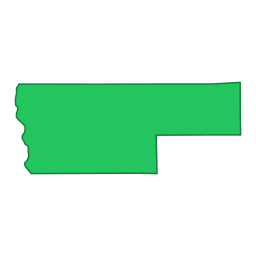 outline of Vernon, Wisconsin, United States of America
{"feature_id": "52423323B99158038275435", "entity_name": "Vernon", "entity_type": "district", "adm_level": 2, "iso_a3": "USA", "parent_name": "United States of America", "parent_adm1": "Wisconsin", "projection": "natural_earth1", "projection_center": [-91.112, 43.577], "detail": "fine", "context": "isolated", "style": "filled", "palette": "green", "viewbox_px": 256, "rotation_deg": 0, "n_neighbors": 0, "source": "geoboundaries", "source_scale": "gbopen_adm2", "svg_char_len": 858}
<svg xmlns="http://www.w3.org/2000/svg" viewBox="0 0 256 256"><path d="M240.2,109.1L240.2,82.4L212.0,84.0L176.4,84.0L171.2,84.0L100.2,84.2L19.0,84.1L18.8,84.7L18.2,85.9L16.9,87.6L16.5,88.8L16.6,93.0L15.5,98.6L15.4,101.5L15.7,105.0L15.9,105.6L17.3,106.7L17.6,107.2L17.9,108.9L17.7,110.0L16.5,113.2L16.4,116.7L17.3,118.3L18.1,119.4L18.9,120.2L20.1,121.1L23.3,124.3L24.4,125.5L24.8,126.1L25.0,126.6L25.1,128.5L24.8,131.7L24.4,132.6L23.0,134.6L22.4,135.8L22.2,136.3L22.2,137.3L22.4,138.9L23.9,141.1L24.8,143.7L25.5,144.4L27.2,145.5L28.2,146.6L28.4,147.1L28.3,148.4L28.3,150.7L28.2,151.7L28.4,153.5L28.9,155.3L28.7,156.4L27.7,159.3L26.7,161.0L25.6,161.9L24.9,162.7L24.7,163.3L24.7,164.1L24.9,165.3L25.7,166.9L30.8,173.0L31.2,173.6L138.7,173.2L157.0,173.6L156.2,135.2L212.5,134.9L240.6,134.9L240.2,109.1Z" fill="#22c55e" stroke="#15803d" stroke-width="1.5"/></svg>